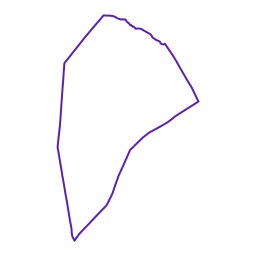 outline of Santa Inés de Zaragoza, Oaxaca, Mexico
{"feature_id": "50627088B20347327584307", "entity_name": "Santa Inés de Zaragoza", "entity_type": "district", "adm_level": 2, "iso_a3": "MEX", "parent_name": "Mexico", "parent_adm1": "Oaxaca", "projection": "equal_earth", "projection_center": [-97.141, 17.265], "detail": "fine", "context": "isolated", "style": "outline", "palette": "violet", "viewbox_px": 256, "rotation_deg": 0, "n_neighbors": 0, "source": "geoboundaries", "source_scale": "gbopen_adm2", "svg_char_len": 1585}
<svg xmlns="http://www.w3.org/2000/svg" viewBox="0 0 256 256"><path d="M57.6,147.1L57.7,147.7L59.8,160.1L61.4,169.8L61.8,172.0L62.4,176.2L62.8,178.1L63.9,184.3L64.5,187.9L65.3,192.9L66.5,199.4L67.7,206.3L69.0,214.7L70.0,220.7L70.8,224.8L71.5,228.8L71.8,233.4L72.4,236.6L74.0,239.7L74.3,240.3L74.4,240.5L74.5,240.6L79.2,234.0L80.3,232.8L83.3,229.6L87.3,225.5L89.8,222.9L92.0,220.5L92.9,219.6L94.5,217.9L95.2,217.1L99.3,212.9L100.9,211.1L103.9,208.1L106.6,205.3L107.6,203.3L108.3,202.0L108.3,201.9L109.9,198.7L110.7,197.1L111.6,195.2L112.7,192.9L112.9,192.1L115.9,183.3L118.1,177.1L118.3,176.4L121.5,169.3L124.0,163.9L127.3,156.3L130.1,150.0L135.2,145.0L143.0,137.4L149.2,132.6L159.8,126.8L167.3,122.5L171.5,119.4L175.1,116.4L179.6,113.5L187.9,108.2L198.0,101.8L198.4,101.5L195.1,94.7L191.6,87.3L187.2,80.2L179.9,67.6L176.8,62.0L172.6,55.1L164.9,43.8L164.6,43.9L163.8,44.3L163.2,44.4L162.5,44.3L161.9,44.2L161.4,44.0L160.6,43.2L159.9,41.7L159.2,41.3L155.7,39.7L152.6,37.5L151.7,35.9L150.5,34.3L143.8,30.5L141.0,28.8L138.6,28.5L135.7,28.7L135.1,28.2L134.0,27.0L133.1,26.9L132.6,26.1L131.4,25.8L131.0,25.0L130.0,24.9L128.9,23.2L128.5,23.1L128.0,22.6L127.2,22.1L126.5,21.3L126.2,20.6L125.7,20.1L125.6,19.7L125.2,19.5L122.9,19.4L121.5,19.4L120.5,19.5L119.7,19.1L118.9,18.8L117.4,18.2L114.1,16.4L111.3,15.8L109.2,15.6L107.1,15.6L103.6,15.4L96.9,23.2L89.9,31.4L85.2,37.0L81.5,41.6L78.4,45.6L76.9,47.5L74.1,50.9L68.1,58.6L64.4,63.2L64.3,64.2L63.2,80.0L62.6,87.6L61.6,101.7L60.5,117.7L60.1,123.5L60.0,125.0L59.5,129.6L58.4,139.4L57.6,147.1Z" fill="none" stroke="#5b21b6" stroke-width="2"/></svg>